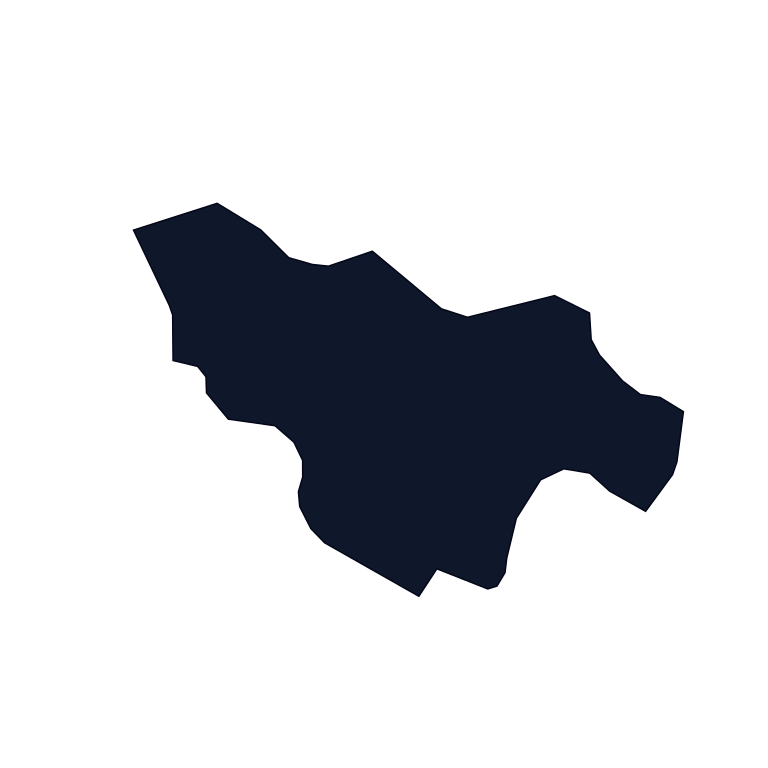 the Municipality of Žužemberk, rotated 211°
{"feature_id": "SVN-238", "entity_name": "Žužemberk", "entity_type": "Municipality", "adm_level": 1, "iso_a3": "SVN", "parent_name": "Slovenia", "parent_adm1": "", "projection": "natural_earth1", "projection_center": [14.926, 45.807], "detail": "fine", "context": "isolated", "style": "filled", "palette": "ink", "viewbox_px": 768, "rotation_deg": 211, "n_neighbors": 0, "source": "natural_earth", "source_scale": "10m", "svg_char_len": 732}
<svg xmlns="http://www.w3.org/2000/svg" viewBox="0 0 768 768"><g transform="rotate(211 384 384)"><path d="M576.9,295.5L600.7,334.3L608.5,340.8L678.0,386.9L620.1,452.9L569.0,452.6L530.7,443.2L507.1,449.5L492.3,456.4L462.4,491.8L373.5,478.0L346.8,484.2L283.3,547.6L244.4,550.7L229.3,528.8L214.2,519.8L181.1,509.5L158.8,507.0L140.4,514.7L113.1,514.5L92.8,468.1L90.0,455.0L94.2,409.6L135.3,408.4L161.7,413.6L186.2,403.9L200.4,382.5L201.4,337.1L189.2,298.2L183.1,284.6L183.1,269.0L189.5,261.8L243.5,252.8L244.8,220.0L353.2,217.3L372.2,222.4L393.1,235.5L401.9,247.6L405.8,262.4L414.4,276.6L431.2,287.7L455.9,292.1L499.3,273.7L531.6,285.0L540.3,298.5L552.8,303.1L576.9,295.5Z" fill="#0f172a" stroke="#020617" stroke-width="1.5"/></g></svg>